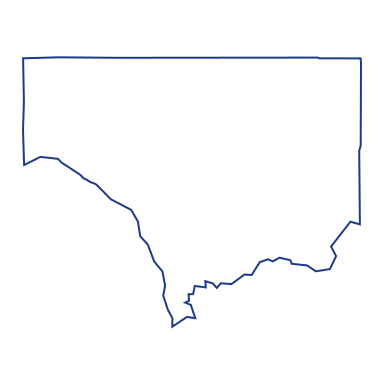 Cowlitz, Washington, United States of America
{"feature_id": "52423323B43213790326288", "entity_name": "Cowlitz", "entity_type": "district", "adm_level": 2, "iso_a3": "USA", "parent_name": "United States of America", "parent_adm1": "Washington", "projection": "orthographic", "projection_center": [-122.727, 46.119], "detail": "fine", "context": "isolated", "style": "outline", "palette": "blue", "viewbox_px": 384, "rotation_deg": 0, "n_neighbors": 0, "source": "geoboundaries", "source_scale": "gbopen_adm2", "svg_char_len": 884}
<svg xmlns="http://www.w3.org/2000/svg" viewBox="0 0 384 384"><path d="M23.1,58.3L23.9,102.2L23.0,130.2L24.1,165.0L40.4,156.9L57.9,158.8L61.6,162.6L80.3,174.8L83.6,178.4L86.2,179.4L90.3,182.1L94.7,183.6L96.5,184.7L110.9,199.3L131.2,209.9L138.0,221.7L138.3,224.0L140.2,236.2L147.8,244.6L154.2,261.5L162.4,271.4L165.1,285.7L163.2,295.6L167.9,309.8L172.4,318.1L172.3,326.7L187.0,316.9L195.2,318.2L194.4,315.6L190.8,304.9L185.2,302.6L189.1,300.7L188.5,294.3L193.1,294.1L194.8,286.0L205.8,287.4L205.3,281.2L212.8,283.4L216.8,287.9L220.8,283.3L231.4,284.1L244.5,274.5L251.7,275.0L259.7,262.2L268.0,259.3L272.7,261.4L279.6,257.7L290.3,260.2L291.8,263.8L307.0,265.4L315.9,271.3L329.9,269.1L336.1,256.1L331.1,246.5L350.4,221.7L359.9,224.4L359.2,151.0L360.7,145.4L361.0,63.0L360.6,58.4L319.2,58.3L318.2,57.6L117.8,57.8L58.9,57.3L23.1,58.3Z" fill="none" stroke="#1e3a8a" stroke-width="2"/></svg>